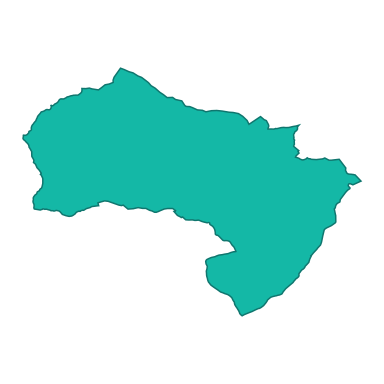 Rosia Montana, Alba, Romania
{"feature_id": "2599482B9774767997162", "entity_name": "Rosia Montana", "entity_type": "district", "adm_level": 2, "iso_a3": "ROU", "parent_name": "Romania", "parent_adm1": "Alba", "projection": "robinson", "projection_center": [23.088, 46.307], "detail": "fine", "context": "isolated", "style": "filled", "palette": "teal", "viewbox_px": 384, "rotation_deg": 0, "n_neighbors": 0, "source": "geoboundaries", "source_scale": "gbopen_adm2", "svg_char_len": 5895}
<svg xmlns="http://www.w3.org/2000/svg" viewBox="0 0 384 384"><path d="M242.1,315.8L244.5,314.5L249.2,312.6L252.1,311.5L255.3,309.9L257.3,309.0L258.5,308.5L259.4,308.4L260.2,308.0L261.2,307.4L263.6,305.6L265.9,302.8L267.1,301.0L267.6,299.9L270.7,297.3L272.0,296.8L273.4,296.4L275.0,296.0L276.2,295.8L278.1,295.2L279.4,295.0L280.9,294.4L282.0,293.8L283.2,291.8L285.7,288.7L293.0,282.5L294.3,280.7L295.0,280.0L295.8,278.9L296.8,278.3L297.5,277.7L298.5,276.8L298.8,276.3L299.0,275.7L298.9,273.8L299.5,272.9L300.1,272.2L301.0,270.9L301.7,270.1L302.4,269.5L303.2,269.1L304.4,267.9L304.9,267.1L305.0,266.6L305.3,266.1L306.5,264.9L308.8,262.4L309.0,261.6L309.6,259.7L309.7,259.2L310.7,257.1L311.2,256.1L310.9,255.7L311.5,255.3L313.5,252.8L316.8,249.3L317.7,248.0L320.5,245.0L321.5,242.2L322.8,235.7L324.2,229.9L325.1,228.9L326.6,227.9L331.4,225.6L335.2,222.9L335.8,222.0L335.7,215.5L335.3,214.0L334.3,208.9L335.3,207.8L335.5,206.4L336.2,204.7L337.3,203.4L339.8,202.0L340.0,201.4L340.2,199.9L340.5,199.2L345.5,192.5L347.6,190.2L349.9,188.6L349.9,187.7L348.5,186.4L348.2,185.4L348.5,184.4L349.2,183.7L350.2,183.7L352.9,184.8L361.0,181.1L355.1,174.9L353.8,174.7L352.9,174.4L352.3,174.5L351.6,174.3L348.6,174.1L347.0,173.3L345.5,170.3L345.8,168.0L339.2,159.3L331.4,160.2L329.0,160.2L324.8,158.0L322.6,158.9L316.3,159.6L311.1,159.3L310.6,158.9L308.4,158.6L307.2,157.8L305.9,159.0L303.7,159.8L302.2,159.9L300.3,159.2L298.9,158.3L297.1,157.6L295.5,157.2L296.1,155.8L299.0,153.1L298.0,151.5L298.8,150.7L293.7,146.4L294.0,144.9L294.4,144.3L294.2,141.2L294.6,140.1L293.7,139.1L293.7,138.0L294.0,137.9L293.6,135.2L293.7,134.2L294.4,133.2L294.9,131.8L296.6,130.6L297.5,129.1L297.5,126.8L298.9,125.2L296.2,126.0L293.1,126.5L288.8,127.5L286.0,127.6L283.5,127.4L281.2,127.6L277.1,128.6L276.2,128.6L275.5,128.5L274.7,128.9L273.6,129.1L270.9,129.0L268.0,129.1L268.0,128.4L268.2,127.8L268.7,126.5L268.7,125.5L268.4,124.5L266.4,120.7L265.5,120.2L264.3,119.8L261.5,117.4L260.5,116.6L249.0,124.3L247.1,120.5L242.7,116.3L238.5,113.6L233.1,112.5L228.9,112.2L222.4,111.1L216.8,110.5L211.5,110.7L205.9,111.8L202.4,110.3L197.4,109.9L192.6,107.7L189.7,106.6L187.2,106.5L185.6,106.2L184.6,105.2L181.8,100.9L175.5,99.5L172.6,97.4L167.1,97.6L163.5,94.7L159.7,92.2L155.2,88.2L151.1,85.7L148.5,82.7L145.7,80.5L141.6,77.4L137.8,75.9L133.1,72.9L128.9,71.7L124.3,69.6L120.5,68.2L114.1,77.2L113.1,80.1L113.2,82.4L109.3,84.0L105.1,84.8L101.7,87.5L98.5,89.9L92.0,88.9L89.4,88.1L85.8,88.6L81.9,88.5L82.0,89.7L81.9,90.9L81.7,91.8L81.4,92.4L80.3,93.5L79.4,94.1L78.9,94.6L77.9,95.1L77.3,95.2L75.9,95.1L75.1,95.2L73.9,95.2L73.3,95.3L72.2,95.6L70.9,95.8L68.4,96.7L67.3,96.9L66.7,97.2L66.4,97.5L66.0,97.8L64.0,98.8L63.2,99.0L62.2,98.9L61.5,98.9L60.8,98.9L59.9,99.3L59.3,99.8L58.3,101.5L57.9,102.0L56.8,103.0L56.2,103.4L55.2,103.8L54.6,104.2L53.5,105.3L53.0,105.6L52.5,105.8L51.3,105.5L50.8,104.9L51.3,106.7L50.9,108.4L50.3,109.2L49.7,109.6L49.2,109.8L48.1,109.7L47.0,109.5L46.2,109.7L45.4,110.1L44.7,110.7L43.1,111.4L41.3,111.9L40.9,112.3L40.2,113.4L38.2,115.6L37.5,116.7L37.2,117.7L36.5,119.0L36.1,120.0L35.9,120.7L34.2,122.6L33.2,124.1L32.5,124.8L31.7,126.2L31.3,127.8L31.2,128.1L31.5,129.0L31.4,129.6L31.0,130.3L30.3,130.8L29.1,131.3L28.9,131.6L28.8,132.6L28.7,132.9L27.1,134.6L26.2,135.1L25.2,135.3L24.4,135.3L23.7,135.1L23.4,135.2L23.3,135.8L23.4,136.2L23.0,138.3L23.2,139.0L23.7,139.7L25.1,140.8L25.7,141.6L27.6,143.5L28.5,144.7L28.9,145.9L29.1,147.3L29.8,148.2L31.1,150.6L31.7,151.6L31.7,152.9L31.8,155.7L31.9,156.6L32.7,157.9L33.7,159.8L33.9,160.5L33.5,162.5L35.5,164.2L37.0,167.7L39.2,170.1L40.8,172.5L41.2,173.3L41.1,173.6L40.7,173.9L40.4,174.5L41.2,175.0L42.6,178.0L42.8,178.9L42.8,183.3L42.1,186.5L41.5,188.1L40.1,189.1L39.2,190.8L37.3,191.9L36.6,193.9L34.6,195.4L34.3,196.1L33.7,196.8L33.2,198.0L33.4,199.4L33.0,201.2L33.2,202.6L34.0,204.4L34.1,206.0L33.9,207.5L33.9,208.0L34.3,209.0L40.3,210.0L41.4,209.6L42.2,209.4L42.8,209.0L42.9,208.9L43.6,209.0L44.7,209.3L46.6,209.2L48.1,209.7L49.9,210.1L50.9,210.7L53.1,210.7L53.5,211.0L54.6,211.0L56.2,210.4L58.3,210.8L59.2,211.1L60.0,211.7L61.7,213.6L62.3,214.4L66.0,215.7L69.1,216.4L71.8,216.0L73.4,215.1L75.2,213.8L76.3,212.3L78.4,211.3L80.3,211.3L80.9,210.7L82.7,210.2L83.7,210.3L86.4,208.6L90.3,207.5L91.6,206.6L97.6,205.8L98.7,205.7L97.9,202.9L99.9,202.2L104.6,200.9L108.1,201.3L118.9,205.1L121.6,205.6L123.2,205.1L128.0,209.1L133.3,208.7L135.8,208.1L138.2,207.6L140.4,208.0L142.7,208.4L145.9,208.4L149.6,210.3L152.1,211.0L154.4,212.2L156.1,212.3L158.2,211.6L160.6,210.5L164.3,209.0L167.7,208.5L172.4,208.5L173.5,209.0L174.3,209.8L175.6,210.6L175.3,211.3L174.0,211.5L177.4,215.4L181.0,217.2L181.2,217.5L181.6,217.5L182.6,217.0L185.7,219.8L188.8,220.0L192.2,219.9L193.1,220.0L194.7,220.4L195.8,220.4L197.6,220.2L198.4,220.1L199.0,220.3L199.7,220.5L201.4,221.3L203.7,222.0L207.1,222.8L208.2,222.6L209.2,222.6L209.7,223.0L209.8,224.1L210.0,224.5L212.7,226.3L213.9,227.9L214.6,229.3L214.9,230.3L215.1,231.4L215.2,232.0L215.3,232.7L215.3,234.0L215.6,234.5L216.4,235.1L217.2,235.2L218.2,235.6L219.3,236.6L221.8,239.2L222.9,240.3L223.4,240.5L224.2,240.7L226.0,240.6L227.3,240.7L228.9,241.1L229.9,241.8L230.4,242.4L231.8,244.7L232.7,245.8L233.4,246.4L234.1,247.3L234.9,249.0L235.8,251.0L235.9,251.5L235.4,251.6L233.4,251.8L230.9,252.5L228.2,253.6L224.4,254.2L222.1,254.7L219.6,255.0L218.2,255.3L217.6,255.6L216.4,256.0L215.0,256.7L211.3,257.5L208.7,258.6L206.9,259.5L206.2,260.2L205.7,261.4L206.1,264.0L207.3,266.2L207.0,268.7L206.3,271.1L206.5,273.2L206.6,275.3L206.9,276.8L207.3,278.0L207.7,279.9L208.4,281.9L210.8,285.0L212.1,286.0L215.5,288.4L217.2,289.5L220.6,292.0L222.9,292.8L225.0,293.7L226.7,294.2L228.0,294.7L229.7,295.8L231.5,297.4L231.8,297.7L233.1,300.4L233.7,301.3L234.0,301.5L234.3,302.1L234.4,302.9L234.7,304.3L235.1,305.2L235.7,306.1L236.0,306.7L236.6,307.4L238.7,310.8L239.3,312.1L239.7,313.4L240.5,314.5L242.1,315.8Z" fill="#14b8a6" stroke="#0f766e" stroke-width="1.5"/></svg>